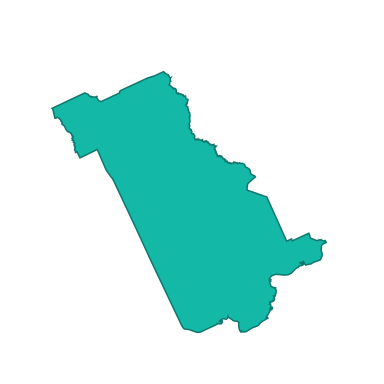 the district of Casey, Victoria, Australia, rotated 326°
{"feature_id": "25037944B44962811090312", "entity_name": "Casey", "entity_type": "district", "adm_level": 2, "iso_a3": "AUS", "parent_name": "Australia", "parent_adm1": "Victoria", "projection": "natural_earth1", "projection_center": [145.344, -38.095], "detail": "fine", "context": "isolated", "style": "filled", "palette": "teal", "viewbox_px": 384, "rotation_deg": 326, "n_neighbors": 0, "source": "geoboundaries", "source_scale": "gbopen_adm2", "svg_char_len": 6053}
<svg xmlns="http://www.w3.org/2000/svg" viewBox="0 0 384 384"><g transform="rotate(326 192 192)"><path d="M235.6,76.3L226.0,74.8L219.2,72.7L189.2,67.9L188.1,68.4L187.5,69.4L167.5,66.3L165.9,64.7L165.6,62.9L165.7,61.7L165.6,61.0L165.9,60.2L166.5,60.0L166.6,59.5L164.5,59.1L162.6,57.3L161.7,57.1L161.8,56.2L160.7,55.7L160.5,52.8L159.3,51.4L158.6,49.9L122.8,44.4L123.1,45.1L119.6,54.2L120.5,54.7L121.9,54.7L122.5,55.3L123.1,56.9L123.1,58.3L123.4,58.7L123.0,60.2L123.4,60.6L123.1,61.3L123.1,62.1L122.6,62.3L122.7,62.6L122.1,63.1L122.5,63.8L122.4,64.2L122.7,64.5L123.1,66.2L122.5,69.1L122.6,70.2L122.5,71.8L122.9,72.7L123.5,73.2L123.5,73.7L123.8,74.1L124.1,75.0L124.6,75.5L124.4,75.8L124.3,77.2L124.5,78.0L124.1,78.0L124.1,78.8L123.8,79.1L124.1,79.5L123.5,79.6L123.5,80.6L122.5,80.7L122.7,81.0L122.2,81.6L122.5,81.4L122.7,81.6L121.7,82.0L122.3,83.0L122.0,83.1L122.2,84.0L121.6,84.5L122.1,84.8L121.8,85.6L121.8,86.4L121.0,86.4L121.1,87.0L120.9,87.5L120.4,87.6L120.3,89.4L119.9,89.3L119.8,90.2L118.5,91.0L118.2,91.8L118.1,93.3L117.6,94.1L119.2,94.3L118.2,101.1L137.2,103.8L133.1,125.9L133.3,135.2L133.6,135.4L133.3,139.0L125.8,187.4L119.0,229.3L109.3,293.6L108.7,298.0L108.7,299.8L109.1,301.3L112.6,304.4L117.7,311.2L120.3,312.8L139.1,315.7L139.5,315.1L140.2,315.9L140.7,316.0L140.8,316.5L142.8,317.7L143.4,317.0L143.1,316.1L143.6,315.9L143.7,315.5L143.7,315.2L142.7,314.6L142.7,314.4L143.8,314.5L144.3,315.0L144.6,316.5L145.0,316.1L145.0,315.6L144.6,314.5L145.2,314.8L145.7,314.2L147.2,314.6L149.1,316.5L149.6,316.7L150.8,316.5L152.5,315.0L152.2,316.4L153.9,320.3L154.0,321.1L154.9,322.6L156.6,323.8L157.9,325.7L157.8,326.2L155.6,329.4L154.1,333.5L154.2,334.6L155.0,334.7L154.4,335.4L156.1,336.5L157.0,336.0L156.5,336.8L156.9,337.2L158.9,338.0L166.0,338.3L170.9,339.5L173.1,339.6L174.7,338.9L177.0,338.6L182.6,338.8L184.2,339.2L184.5,338.6L184.0,337.9L183.1,337.9L183.1,337.7L190.9,333.8L191.5,332.5L192.1,334.0L192.7,334.0L193.7,333.4L194.0,332.3L192.9,332.0L193.5,331.1L193.5,330.5L193.8,330.0L193.7,329.6L194.0,329.4L193.6,328.7L194.5,328.8L194.6,328.4L194.3,328.1L194.9,327.9L194.8,326.7L195.5,326.6L195.7,327.2L196.9,327.7L197.6,327.6L198.0,326.9L198.5,327.2L198.3,327.8L199.6,327.7L200.5,327.0L200.3,326.1L200.8,326.0L200.8,325.6L201.2,325.5L201.1,325.0L201.4,325.1L201.7,324.7L201.6,324.0L202.9,324.8L203.8,323.9L204.1,323.0L205.0,322.9L206.3,321.4L206.8,320.5L206.7,320.1L207.1,319.5L207.1,318.6L207.6,318.2L207.1,317.9L207.1,317.6L206.5,317.7L205.9,316.1L205.0,315.2L204.9,313.7L205.5,311.7L205.5,311.0L205.9,310.3L206.9,310.2L207.2,309.6L207.6,309.8L207.9,309.0L208.2,308.8L206.9,308.2L207.5,307.4L210.8,306.0L215.6,307.1L216.4,308.0L217.3,308.5L221.7,312.2L225.0,314.2L228.7,314.9L235.9,313.4L237.7,313.9L239.6,313.1L239.9,313.6L240.7,313.6L241.6,314.3L243.6,314.5L243.9,313.7L242.7,312.8L242.8,312.1L241.9,311.3L242.1,310.9L243.0,311.5L243.8,312.8L245.1,311.7L245.4,311.8L244.5,313.1L244.7,313.5L245.3,313.5L244.7,314.3L245.3,314.8L245.4,316.2L246.6,316.4L250.2,318.1L253.1,318.2L260.1,319.9L261.0,319.8L262.9,318.4L264.1,317.9L265.6,315.5L266.2,312.9L269.1,309.2L270.2,308.5L271.4,308.3L274.4,308.9L275.3,308.7L274.7,307.7L275.3,307.0L275.2,306.6L274.0,306.4L273.3,305.8L272.5,304.3L272.5,303.7L271.2,303.4L270.7,302.8L269.7,302.4L268.9,302.5L268.4,302.2L264.5,296.6L264.8,294.8L265.3,294.2L265.8,291.5L247.9,288.6L248.3,286.6L243.0,285.7L251.2,238.0L238.8,221.3L239.7,219.7L242.7,216.4L249.0,215.3L253.0,215.0L253.0,213.9L251.6,211.6L250.9,209.5L252.2,207.0L252.1,204.2L250.5,201.4L250.9,198.3L250.0,196.6L248.8,195.9L248.0,195.1L247.8,194.4L246.1,194.1L245.6,193.6L245.9,193.3L245.7,192.9L245.1,193.0L244.4,191.5L243.7,191.0L243.1,191.3L243.2,190.7L242.3,191.1L241.4,190.6L240.2,190.5L239.9,190.1L240.3,189.9L240.2,189.4L239.7,189.1L239.6,188.7L238.9,188.7L238.0,187.8L237.9,187.4L238.4,187.3L238.3,186.3L238.0,186.8L237.7,186.7L237.6,186.0L237.2,185.9L236.9,185.1L237.1,184.8L236.8,184.6L237.4,184.1L237.7,183.5L237.6,182.9L236.5,182.1L236.6,181.7L236.3,181.4L236.6,181.0L236.5,180.1L236.2,179.9L236.5,179.7L236.3,179.2L236.5,178.9L236.0,178.2L235.4,178.3L235.6,177.8L235.1,177.2L234.7,177.4L234.6,176.9L234.1,176.9L233.8,177.3L233.4,176.9L233.1,176.1L233.5,175.9L233.9,174.7L233.7,174.2L234.1,173.4L234.1,173.1L233.8,173.2L233.5,172.7L234.6,171.8L234.2,171.4L234.9,170.1L234.7,169.7L235.0,169.4L234.5,168.6L235.0,168.1L235.8,168.1L237.6,167.6L237.2,167.4L237.0,166.7L236.2,166.5L236.4,166.2L236.2,165.5L236.8,164.8L234.0,163.7L233.5,163.2L233.8,162.9L233.3,162.8L233.1,162.0L233.5,161.6L233.2,161.3L233.2,160.6L232.8,160.4L232.5,159.4L233.3,159.1L233.2,158.9L232.5,158.8L232.5,157.7L231.8,157.3L231.4,157.6L231.0,157.2L230.8,157.6L229.8,157.2L229.5,156.7L229.8,156.2L228.9,155.6L229.7,154.6L229.1,154.6L228.7,154.1L228.5,154.4L228.1,153.7L227.2,153.1L227.3,152.4L226.1,152.1L226.5,151.4L226.1,151.5L225.4,150.8L224.8,150.7L224.4,151.0L223.8,150.2L224.4,149.2L224.1,148.1L225.0,147.8L225.6,147.1L225.9,146.0L225.7,145.6L225.7,144.4L224.8,144.0L224.4,143.2L224.6,142.7L225.0,142.7L225.8,141.5L225.8,140.3L226.2,139.8L225.8,139.5L225.9,139.2L225.3,137.7L226.1,136.7L227.2,135.9L227.0,135.5L227.6,134.4L229.9,132.2L231.0,130.3L231.0,129.9L231.8,129.0L232.0,128.0L232.5,128.2L232.9,127.8L234.1,125.6L234.4,124.9L234.0,124.2L234.6,123.2L234.3,122.2L235.2,121.6L235.3,119.9L235.8,119.6L236.1,118.8L235.2,117.3L235.8,116.5L235.8,116.0L236.1,115.8L237.2,116.2L238.4,114.8L240.4,113.3L240.4,113.0L239.1,111.4L240.3,108.9L240.2,108.6L239.2,108.4L238.8,108.0L238.9,107.6L238.6,106.7L238.9,106.5L238.2,106.1L237.9,105.6L238.1,105.2L237.4,104.6L237.3,104.1L236.7,103.9L236.4,102.9L235.2,103.1L235.1,102.4L235.4,102.1L234.6,101.7L235.3,99.4L236.0,98.9L236.1,97.4L235.7,96.4L235.3,96.3L234.7,95.6L234.3,95.8L234.5,94.9L233.8,93.3L233.6,91.7L233.0,90.9L233.0,90.3L234.1,89.8L234.2,89.1L234.6,88.8L235.4,88.3L236.2,88.4L236.3,88.1L236.2,87.8L236.6,87.5L237.0,86.1L238.1,85.5L237.9,85.5L237.5,83.5L237.8,83.0L237.5,82.7L237.8,81.7L237.4,80.8L237.0,80.7L236.3,78.8L235.7,77.8L236.0,77.4L235.6,76.3Z" fill="#14b8a6" stroke="#0f766e" stroke-width="1.5"/></g></svg>